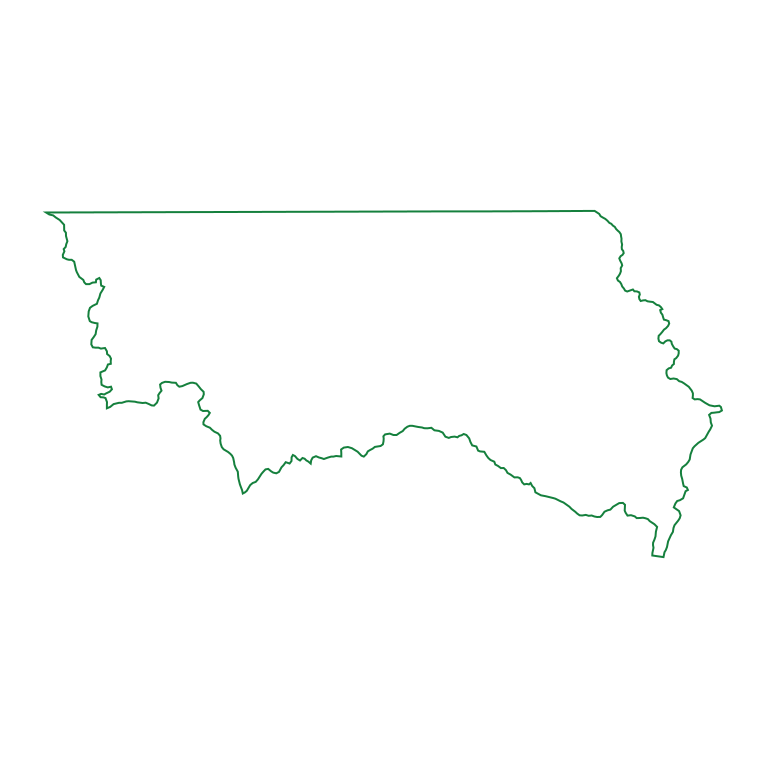 Canaã dos Carajás, Pará, Brazil
{"feature_id": "56859067B37247033105126", "entity_name": "Canaã dos Carajás", "entity_type": "district", "adm_level": 2, "iso_a3": "BRA", "parent_name": "Brazil", "parent_adm1": "Pará", "projection": "albers", "projection_center": [-50.061, -6.482], "detail": "fine", "context": "isolated", "style": "outline", "palette": "green", "viewbox_px": 768, "rotation_deg": 0, "n_neighbors": 0, "source": "geoboundaries", "source_scale": "gbopen_adm2", "svg_char_len": 6074}
<svg xmlns="http://www.w3.org/2000/svg" viewBox="0 0 768 768"><path d="M663.5,557.1L664.5,552.2L665.8,550.1L667.0,547.0L668.1,541.4L670.9,535.2L672.9,531.9L673.5,528.0L674.5,525.2L678.2,520.6L679.7,518.3L680.6,515.3L679.1,511.1L673.8,507.4L675.4,503.5L677.2,501.0L679.9,500.2L683.1,498.3L685.6,491.2L687.9,490.0L686.8,487.5L683.7,486.1L683.1,483.6L682.2,479.0L681.2,475.6L680.9,472.4L681.1,469.8L682.4,467.3L686.2,464.4L688.2,462.0L689.7,459.5L690.5,454.5L692.8,448.3L694.5,446.3L698.4,442.8L703.5,439.5L705.2,438.1L708.9,431.4L710.1,429.6L712.0,425.7L710.8,422.4L710.5,418.6L709.1,414.9L711.4,412.9L714.0,412.7L717.0,412.3L719.2,412.1L721.9,410.5L720.9,407.0L719.3,405.7L714.6,406.3L709.5,405.3L705.1,402.8L700.0,399.4L697.5,399.1L694.7,399.4L692.6,398.0L692.9,395.6L692.9,393.3L691.7,390.6L688.8,386.8L684.1,383.4L681.7,381.9L679.2,381.2L676.8,379.1L673.6,378.5L670.3,379.0L668.0,377.6L666.9,375.4L666.4,373.1L666.6,370.2L668.7,368.4L671.1,367.7L672.1,365.5L673.9,364.0L673.9,361.9L674.4,359.3L676.2,358.1L678.1,355.6L678.7,353.3L678.7,350.7L676.8,349.1L674.7,348.6L673.2,346.4L671.8,343.8L671.4,341.7L669.7,340.3L667.5,340.3L665.3,341.4L663.3,343.4L661.1,342.7L659.0,341.2L658.4,338.6L658.7,335.8L660.3,334.2L662.2,332.0L664.0,329.6L666.0,328.2L668.1,325.9L669.2,323.5L668.5,321.1L666.2,320.2L663.9,319.6L663.1,317.2L662.4,314.7L660.9,312.7L660.2,310.1L662.3,309.1L660.9,307.1L659.0,305.4L656.6,304.8L652.9,302.0L650.2,301.7L647.5,301.3L645.4,300.2L643.1,300.4L640.7,301.0L639.4,299.1L638.9,296.8L639.8,294.5L639.3,292.4L636.9,291.4L634.4,291.3L632.9,289.5L630.6,290.3L627.2,291.5L625.1,290.6L623.9,288.5L622.2,286.5L621.3,284.1L620.0,282.0L617.9,280.5L616.9,278.2L618.8,275.7L620.0,273.7L620.9,271.2L620.7,268.2L622.2,265.4L621.6,263.3L620.1,260.5L619.3,258.3L620.7,256.1L622.5,254.9L623.7,253.1L623.2,250.9L621.9,249.3L621.7,247.1L622.1,244.5L621.4,241.5L621.5,238.6L621.1,236.5L620.8,234.2L619.4,232.1L617.7,230.6L616.1,229.0L614.8,226.9L612.9,225.6L611.3,223.8L609.4,222.9L607.4,220.7L605.3,218.9L603.1,217.7L600.6,216.2L599.2,213.9L594.6,210.9L541.9,211.2L483.0,211.4L443.9,211.4L225.6,212.0L46.1,212.5L49.3,214.5L53.2,215.4L55.8,217.5L59.7,220.0L64.1,224.8L64.2,230.5L65.9,232.7L66.0,236.0L67.4,241.2L66.2,244.3L65.7,246.9L63.7,249.1L64.4,251.3L62.8,254.9L63.0,257.4L66.9,259.3L69.0,259.8L71.7,259.8L74.2,261.7L76.0,270.0L76.8,272.1L79.3,276.9L83.3,279.9L84.3,282.4L86.0,284.1L89.5,284.1L92.5,282.6L95.9,282.3L96.2,279.6L99.3,278.0L100.7,280.2L100.9,283.5L101.2,285.6L104.2,286.9L102.7,289.8L100.4,293.5L99.3,297.6L98.0,300.3L96.9,303.8L94.6,304.9L92.6,305.9L90.0,307.8L88.7,311.4L88.3,316.4L89.8,321.1L91.6,322.2L94.8,323.0L97.5,323.4L97.4,326.7L96.2,330.4L95.6,334.2L93.7,337.1L91.6,339.9L91.3,344.4L92.8,347.3L95.8,347.7L98.6,347.7L100.9,348.6L105.0,348.0L106.9,351.3L107.1,354.0L109.7,356.1L111.0,358.7L110.7,361.1L110.8,363.8L107.9,364.5L106.9,367.3L105.1,370.4L100.4,372.4L100.4,376.1L101.5,379.5L101.3,382.0L101.6,384.8L104.6,386.4L107.8,387.4L111.0,386.7L111.9,389.3L109.7,391.7L106.1,393.4L104.2,394.5L101.1,393.9L98.7,394.9L100.6,397.2L103.6,397.4L105.5,398.1L107.0,402.1L106.9,404.5L106.9,408.3L110.2,406.9L113.6,404.1L119.0,402.8L121.8,402.8L126.3,401.4L128.6,401.2L135.0,401.7L137.3,402.3L142.6,403.0L145.7,402.7L148.8,404.0L151.6,405.4L154.0,405.6L157.0,402.6L158.6,398.4L158.2,395.2L159.6,393.0L161.5,390.7L160.5,387.7L160.1,384.5L162.0,382.9L165.1,381.8L169.0,382.0L171.8,382.6L175.9,382.8L177.4,385.2L179.3,386.7L182.3,386.1L186.8,384.1L190.5,382.8L192.9,382.7L196.3,383.6L198.7,386.4L200.9,389.2L203.6,391.8L203.8,394.3L202.4,398.1L199.7,400.4L198.2,402.1L199.1,405.3L200.5,409.6L203.0,411.0L207.7,410.8L209.8,412.9L208.4,415.2L206.5,417.3L204.8,418.8L203.4,422.2L203.5,424.4L206.2,426.2L209.9,427.7L212.0,429.8L214.4,431.7L218.0,433.4L220.1,435.8L220.5,438.4L220.2,440.4L220.6,443.5L221.8,447.1L223.6,449.3L228.1,452.0L230.3,453.8L232.0,455.6L233.2,458.0L234.1,462.2L234.4,464.5L235.6,467.7L237.8,471.7L238.2,476.6L238.5,478.8L239.9,484.4L240.8,486.8L242.1,490.2L242.8,493.5L244.9,492.4L246.8,490.8L248.4,488.1L250.2,485.1L252.7,483.0L255.7,481.9L257.9,479.4L259.7,476.6L261.5,473.8L263.4,471.6L265.5,469.4L268.2,468.9L271.1,471.3L273.2,472.6L276.3,473.3L279.0,471.9L281.5,467.3L283.6,465.1L285.7,462.2L289.6,463.5L291.5,461.0L291.6,457.3L292.9,455.0L295.0,456.1L297.4,458.9L300.0,460.5L302.5,458.0L304.6,458.7L306.3,460.4L308.4,461.6L310.7,463.6L311.2,460.3L312.7,457.6L316.0,456.2L319.0,457.5L321.6,458.2L323.9,459.0L327.8,457.6L331.2,456.6L333.4,456.6L336.1,456.0L341.3,456.5L341.3,453.2L341.1,449.5L343.8,447.6L347.9,447.0L351.9,448.2L357.6,451.7L361.5,455.7L363.8,456.6L366.4,454.1L367.8,451.4L370.1,450.0L372.6,448.7L374.9,446.9L380.6,446.0L382.9,444.3L383.5,441.4L383.7,438.6L383.4,436.3L385.1,434.4L389.8,433.6L393.4,435.0L396.6,435.0L399.7,432.8L402.7,431.1L404.7,428.7L407.4,426.7L409.8,425.8L412.3,425.8L416.3,426.6L418.4,427.0L422.1,427.5L424.2,428.2L427.4,428.3L431.4,427.8L434.4,430.3L438.9,430.9L442.7,432.6L445.4,436.7L448.8,437.9L451.1,437.0L454.6,436.6L457.5,437.3L459.2,435.9L461.5,435.3L463.7,434.0L466.4,435.0L469.2,438.4L470.4,441.9L472.2,445.4L476.4,446.5L478.1,450.6L480.0,451.4L484.3,451.8L486.4,455.4L488.3,458.0L490.5,460.0L494.3,461.7L495.3,464.5L498.1,466.0L500.9,468.1L503.7,468.0L506.0,470.2L507.5,472.9L510.6,474.6L514.4,477.4L517.7,477.3L519.9,478.1L521.2,480.1L522.2,482.4L524.2,484.4L526.6,483.9L529.0,484.4L530.6,483.0L532.2,486.0L534.4,488.2L535.4,492.3L540.9,495.3L545.6,496.2L553.4,498.1L555.4,498.7L557.8,499.9L560.6,501.3L563.5,502.5L569.4,506.7L571.5,508.9L573.6,510.5L575.3,511.8L577.1,513.5L579.6,515.3L582.2,515.5L585.8,514.9L588.7,515.8L591.7,515.5L594.4,516.5L597.1,517.0L600.3,516.9L602.1,515.1L604.5,511.7L607.6,510.3L610.4,509.6L613.1,506.7L619.2,503.1L622.9,502.9L625.0,504.8L624.7,510.6L625.6,512.7L627.5,515.6L631.0,515.2L634.8,516.4L636.7,518.1L639.9,518.0L643.0,517.7L645.6,518.3L647.9,519.1L649.8,521.2L654.4,524.2L657.1,526.9L655.9,531.7L655.5,536.4L654.4,539.7L653.1,542.7L653.0,545.0L653.5,547.8L652.4,553.0L652.3,555.5L663.5,557.1Z" fill="none" stroke="#15803d" stroke-width="2"/></svg>